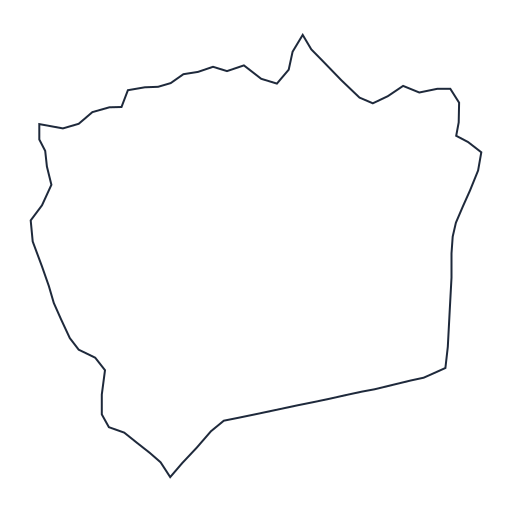 outline of Belford Roxo, Rio de Janeiro, Brazil
{"feature_id": "56859067B85088226516355", "entity_name": "Belford Roxo", "entity_type": "district", "adm_level": 2, "iso_a3": "BRA", "parent_name": "Brazil", "parent_adm1": "Rio de Janeiro", "projection": "robinson", "projection_center": [-43.378, -22.731], "detail": "fine", "context": "isolated", "style": "outline", "palette": "slate", "viewbox_px": 512, "rotation_deg": 0, "n_neighbors": 0, "source": "geoboundaries", "source_scale": "gbopen_adm2", "svg_char_len": 1106}
<svg xmlns="http://www.w3.org/2000/svg" viewBox="0 0 512 512"><path d="M445.4,368.0L447.8,346.9L449.8,309.0L451.5,277.7L451.5,253.4L452.7,236.6L455.9,222.7L463.1,205.9L470.0,190.5L478.1,170.5L481.3,152.3L468.0,142.0L456.2,135.8L458.7,122.4L459.1,102.7L450.3,88.8L437.3,88.8L419.3,92.5L403.1,85.9L387.8,96.2L372.8,103.3L359.5,97.6L341.3,80.2L323.4,61.7L311.3,49.4L302.7,34.9L292.6,51.7L288.7,69.7L276.9,83.6L261.2,78.8L243.9,65.4L227.0,71.1L213.0,66.8L198.0,71.9L183.4,74.2L170.7,83.1L158.1,86.8L144.8,87.3L127.9,90.2L121.5,107.0L109.4,107.3L92.4,112.1L78.7,123.8L62.9,128.4L39.3,124.1L39.3,139.5L45.2,150.9L46.9,166.5L51.4,184.8L42.0,205.3L30.7,220.4L32.7,241.5L42.0,266.5L48.9,286.2L53.8,303.0L61.0,319.2L69.8,338.1L78.7,349.7L95.2,357.7L105.0,370.2L101.8,394.5L101.8,414.4L108.9,427.2L124.2,432.6L136.7,442.6L149.8,452.9L160.6,462.3L170.2,477.1L182.2,463.1L196.7,447.7L211.0,431.2L223.8,420.7L238.3,417.8L254.8,414.4L273.7,410.4L297.6,405.3L312.1,402.4L329.8,398.7L346.2,395.0L362.0,391.6L374.5,389.3L393.0,384.8L410.7,380.5L423.7,377.7L445.4,368.0Z" fill="none" stroke="#1e293b" stroke-width="2"/></svg>